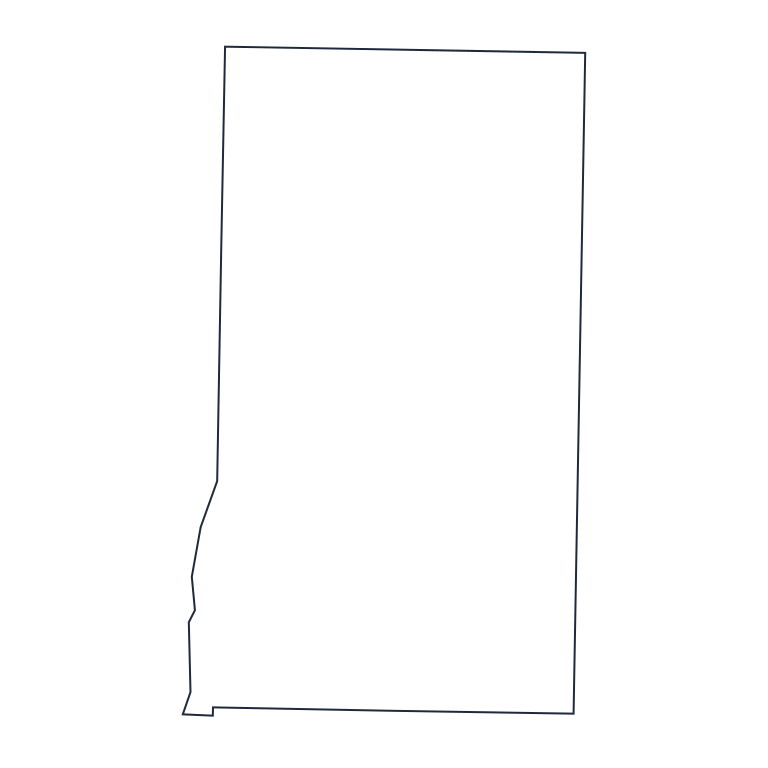 outline of Dawson, Nebraska, United States of America, rotated 91°
{"feature_id": "52423323B42382477020436", "entity_name": "Dawson", "entity_type": "district", "adm_level": 2, "iso_a3": "USA", "parent_name": "United States of America", "parent_adm1": "Nebraska", "projection": "natural_earth1", "projection_center": [-99.68, 40.859], "detail": "fine", "context": "isolated", "style": "outline", "palette": "slate", "viewbox_px": 768, "rotation_deg": 91, "n_neighbors": 0, "source": "geoboundaries", "source_scale": "gbopen_adm2", "svg_char_len": 342}
<svg xmlns="http://www.w3.org/2000/svg" viewBox="0 0 768 768"><g transform="rotate(91 384 384)"><path d="M49.5,548.8L249.8,549.1L484.0,549.1L530.3,564.8L580.1,572.8L613.5,569.1L625.6,575.0L695.4,572.1L717.8,579.4L718.6,549.4L710.3,549.3L710.6,369.6L710.3,188.7L49.4,188.6L49.5,548.8Z" fill="none" stroke="#1e293b" stroke-width="2"/></g></svg>